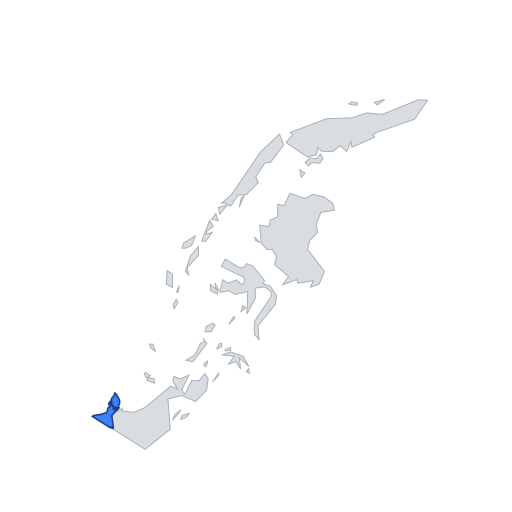 Merauke, Papua, Indonesia shown in context, rotated 122°
{"feature_id": "22746128B65756496772256", "entity_name": "Merauke", "entity_type": "district", "adm_level": 2, "iso_a3": "IDN", "parent_name": "Indonesia", "parent_adm1": "Papua", "projection": "albers", "projection_center": [139.088, -7.869], "detail": "fine", "context": "in_parent", "style": "filled", "palette": "blue", "viewbox_px": 512, "rotation_deg": 122, "n_neighbors": 0, "source": "geoboundaries", "source_scale": "gbopen_adm2", "svg_char_len": 7549}
<svg xmlns="http://www.w3.org/2000/svg" viewBox="0 0 512 512"><g transform="rotate(122 256 256)"><path d="M175.5,213.7L184.7,224.1L197.2,221.8L203.3,216.3L214.5,218.6L223.0,216.1L232.8,189.7L246.6,187.6L253.5,193.3L246.5,194.3L256.9,206.0L254.4,208.9L266.4,218.2L256.0,217.6L253.6,235.4L245.8,238.4L241.7,245.7L244.8,250.4L242.2,258.4L227.9,269.2L224.0,260.5L218.0,263.0L211.3,258.4L200.5,265.0L198.5,258.8L184.8,260.5L181.1,244.6L173.8,240.7L170.0,229.9L170.5,219.1L175.5,213.7ZM33.1,193.0L55.9,194.0L87.5,219.3L91.2,221.3L92.4,218.2L113.0,232.3L108.6,236.1L119.4,234.5L117.8,242.9L127.0,246.5L132.5,256.1L131.0,261.0L138.0,258.4L144.7,264.8L143.9,290.8L133.2,288.8L133.1,292.5L102.2,268.9L88.0,247.9L75.9,237.8L69.1,224.1L37.4,201.0L33.1,193.0ZM478.7,247.6L478.4,309.7L469.2,300.9L470.3,298.3L458.7,301.3L460.6,295.0L457.4,291.8L458.5,291.4L460.4,291.6L461.4,291.3L456.0,288.8L458.5,288.1L453.5,276.8L443.4,269.9L411.7,259.4L410.4,252.1L406.3,260.2L401.7,261.8L400.0,254.5L392.4,249.8L409.0,248.0L411.0,243.0L395.6,244.6L391.9,238.2L382.9,237.1L385.3,231.6L396.1,226.7L411.4,230.1L413.7,245.0L423.9,255.0L448.3,236.9L478.7,247.6ZM323.4,215.7L312.7,222.6L282.0,221.7L278.4,224.4L277.5,232.2L283.6,239.7L292.2,234.2L310.0,233.0L290.5,244.2L299.8,253.6L299.7,260.4L305.9,267.5L293.8,271.5L293.9,265.2L286.7,260.0L287.9,252.6L284.1,252.0L280.4,254.8L283.2,279.9L274.9,280.5L274.8,265.5L273.1,260.6L267.3,259.7L266.2,253.3L272.3,235.8L275.5,235.2L274.0,228.0L278.8,217.7L286.5,214.0L314.2,217.4L325.3,209.1L323.4,215.7ZM147.1,291.4L168.7,293.3L172.4,297.9L189.0,298.2L192.6,293.0L209.0,296.7L213.9,303.4L227.2,303.9L227.3,309.7L229.4,313.1L216.6,309.3L165.9,307.3L140.1,300.8L147.1,291.4ZM350.9,216.3L360.0,209.2L356.1,217.2L362.3,221.9L352.6,221.4L358.0,232.6L350.8,226.6L347.9,213.6L353.5,203.5L350.9,216.3ZM356.3,251.4L379.1,253.4L381.5,260.2L372.2,255.4L359.5,256.8L355.8,254.1L353.7,257.4L356.3,251.4ZM306.6,307.8L290.3,311.6L278.6,309.8L286.0,305.1L302.3,308.2L307.7,302.9L306.6,307.8ZM259.0,305.6L270.1,306.4L272.2,309.9L250.3,314.2L253.5,307.9L261.3,311.0L263.7,309.5L259.0,305.6ZM326.9,310.3L327.6,317.1L315.4,323.7L315.7,317.1L326.9,310.3ZM143.6,251.1L147.3,258.4L151.7,259.1L150.6,264.0L144.1,262.1L141.5,256.2L135.2,255.4L138.0,250.7L143.6,251.1ZM455.4,301.6L447.0,302.7L451.1,294.9L457.6,293.2L459.7,296.1L455.4,301.6ZM280.8,316.2L286.1,319.3L288.6,322.9L283.5,324.4L271.0,318.1L280.8,316.2ZM343.6,253.8L347.3,258.9L342.1,260.9L336.0,257.2L336.2,254.2L343.6,253.8ZM228.0,307.4L239.8,309.0L234.7,313.6L228.0,307.4ZM246.2,306.7L248.3,313.2L241.4,312.6L246.2,306.7ZM165.1,259.3L159.8,264.6L159.8,258.4L165.1,259.3ZM417.6,274.6L419.1,282.9L416.5,283.3L414.2,277.4L417.6,274.6ZM223.6,296.1L214.8,299.2L210.9,298.0L223.6,296.1ZM308.9,268.9L309.3,276.4L304.2,279.7L305.8,269.7L308.9,268.9ZM55.0,229.7L63.6,233.1L62.9,237.1L55.0,229.7ZM77.9,257.9L74.5,256.6L72.5,250.7L75.0,250.3L77.9,257.9ZM387.2,299.7L385.4,296.7L390.0,291.1L389.9,296.0L387.2,299.7ZM376.5,224.4L386.0,226.2L375.3,225.7L376.5,224.4ZM319.8,241.0L328.4,242.8L319.0,242.9L319.8,241.0ZM305.1,272.7L300.7,276.6L304.4,269.8L305.1,272.7ZM424.9,229.1L429.9,229.8L434.5,233.2L430.1,234.1L424.9,229.1ZM344.3,297.5L341.3,300.3L334.9,300.8L336.5,297.7L344.3,297.5ZM417.4,284.3L415.4,288.2L413.2,288.1L413.4,282.0L417.4,284.3ZM355.6,239.9L349.9,240.7L348.3,239.4L350.7,236.9L355.6,239.9ZM425.9,238.0L432.9,238.6L439.5,239.9L433.2,240.8L425.9,238.0ZM305.1,237.0L311.0,239.3L305.1,240.9L305.1,237.0ZM359.2,203.1L355.3,202.5L358.9,199.6L359.2,203.1ZM321.7,305.4L327.9,302.9L328.7,304.3L321.7,305.4ZM376.7,239.7L375.8,243.1L370.9,241.5L373.3,240.4L376.7,239.7ZM243.1,264.5L240.8,266.9L242.4,259.6L243.1,264.5ZM349.6,227.3L352.8,231.9L351.6,232.6L347.1,229.1L349.6,227.3Z" fill="#d9dde1" stroke="#a8b0b8" stroke-width="1"/><path d="M477.3,285.8L467.6,293.8L456.6,291.5L457.6,291.9L458.0,292.3L458.3,292.2L458.4,292.3L458.4,292.2L458.4,292.3L458.3,292.2L458.2,292.3L458.5,292.5L458.9,292.9L459.5,294.4L460.1,294.4L460.1,294.2L460.1,294.4L460.6,294.5L460.5,294.4L460.6,294.5L460.8,294.9L461.0,294.7L461.1,294.3L461.1,294.2L461.2,294.4L461.3,294.3L461.4,294.0L461.5,294.0L461.7,293.9L461.6,294.0L461.8,294.0L461.5,294.0L461.4,294.3L461.2,294.3L461.2,294.5L461.0,294.8L461.0,295.0L461.3,295.2L461.3,295.3L461.2,295.2L461.0,294.9L460.8,294.9L460.9,295.0L460.8,294.9L460.9,295.3L461.0,295.3L460.8,295.4L460.9,295.6L461.0,295.5L460.8,295.6L460.7,295.6L460.7,295.8L460.6,295.7L460.8,295.6L460.7,295.5L460.8,295.5L460.8,295.4L460.8,295.2L460.4,295.6L460.3,296.0L460.4,295.9L460.4,296.0L460.5,296.0L460.3,296.0L459.9,296.7L459.9,297.6L460.1,297.6L459.9,297.6L458.9,298.2L459.0,298.8L458.8,299.3L459.1,299.4L459.1,299.6L459.0,299.8L458.5,299.8L458.2,300.0L458.2,300.3L458.4,300.8L458.8,301.2L458.9,301.6L459.1,301.6L459.3,301.5L459.3,301.3L459.5,301.3L459.7,301.2L459.5,300.9L460.4,300.4L461.7,299.9L461.9,299.9L462.1,300.4L462.4,300.7L463.0,301.0L464.1,300.8L465.3,300.4L465.3,300.2L466.5,299.9L468.7,300.0L468.8,300.1L469.0,300.6L469.4,301.1L470.8,302.2L471.4,302.4L471.4,302.6L471.7,302.9L472.6,303.5L472.9,304.0L474.0,304.9L474.2,305.6L474.9,306.6L476.4,308.1L477.1,308.9L477.7,309.4L478.8,309.7L478.9,288.4L478.7,288.4L478.6,288.6L478.4,288.4L478.3,288.6L478.1,288.4L478.3,288.1L478.2,288.3L477.9,288.3L477.7,288.0L477.9,287.7L477.7,287.7L477.8,287.1L477.3,286.8L477.3,286.4L477.5,286.4L477.4,286.2L477.5,286.2L477.4,286.0L477.6,285.9L477.3,285.8ZM456.7,292.9L453.9,293.4L453.0,293.6L451.7,294.4L450.7,295.3L450.2,296.0L450.0,296.4L449.6,296.7L449.1,297.6L448.4,299.0L448.6,299.4L448.1,299.7L447.5,300.7L446.9,303.0L447.1,303.3L447.4,303.0L449.0,302.7L449.3,302.7L451.0,302.7L452.4,302.6L452.8,302.7L452.9,303.0L453.8,302.9L454.5,302.6L455.0,302.3L455.1,301.9L455.4,301.9L456.1,301.4L456.8,300.4L456.7,300.3L456.7,299.9L456.8,300.4L457.1,300.4L457.3,300.5L457.4,300.3L457.9,300.3L458.0,299.8L458.2,299.6L458.9,299.7L458.7,299.4L458.7,299.1L458.3,299.1L458.7,299.1L458.8,298.9L458.7,298.3L458.8,298.0L458.7,298.0L458.8,298.1L458.7,298.1L458.4,298.0L458.6,298.0L458.8,298.0L458.9,297.9L458.8,297.7L458.9,297.9L459.2,297.7L459.2,297.8L459.7,297.6L459.7,296.7L459.8,296.4L459.7,296.4L459.8,296.4L460.0,296.1L460.2,295.4L460.6,294.9L460.0,294.8L459.6,294.8L458.9,294.6L458.9,294.8L458.7,294.7L458.6,294.8L458.6,295.0L458.5,294.9L458.6,294.7L458.9,294.7L458.8,294.4L459.1,294.5L458.6,294.0L458.5,293.6L457.7,293.0L456.7,292.9ZM458.0,300.4L457.6,300.4L457.5,300.5L456.7,300.6L456.6,301.2L455.9,301.8L455.7,301.9L455.7,302.1L455.6,302.3L457.2,302.7L457.9,302.6L458.2,302.7L458.3,302.6L458.3,302.4L458.3,302.1L458.2,301.9L458.4,301.9L458.5,301.7L458.3,301.5L458.3,301.0L458.2,301.0L458.3,301.0L458.3,300.9L458.1,300.4L458.0,300.5L458.0,300.4ZM459.0,301.9L458.5,301.7L458.4,301.8L458.4,302.0L458.4,302.3L458.3,302.6L458.2,302.7L457.9,302.7L458.5,302.7L458.9,302.6L459.0,301.9ZM459.7,301.2L459.5,301.3L459.4,301.5L459.2,301.5L459.1,301.9L459.3,301.8L459.3,301.7L459.3,301.8L459.6,301.7L459.7,301.2ZM459.7,301.7L459.3,301.8L459.2,302.0L459.5,302.1L459.8,301.8L459.7,301.7ZM458.3,301.4L458.7,301.5L458.7,301.3L458.4,300.9L458.3,301.4ZM459.4,302.4L459.1,302.1L459.1,302.4L459.4,302.5L459.4,302.4ZM458.8,301.6L458.4,301.6L458.7,301.7L458.8,301.7L458.8,301.6ZM455.8,301.8L455.6,301.8L455.6,302.1L455.7,301.9L455.8,301.8ZM459.6,302.2L459.1,302.0L459.3,302.3L459.6,302.2ZM457.0,300.6L456.9,300.5L457.0,300.6ZM459.0,298.0L459.2,297.9L459.0,298.0ZM456.4,301.2L456.5,301.1L456.4,301.2ZM458.3,301.5L458.3,301.4L458.3,301.5ZM457.4,300.5L457.5,300.4L457.4,300.5Z" fill="#3b82f6" stroke="#1e3a8a" stroke-width="1.5"/></g></svg>